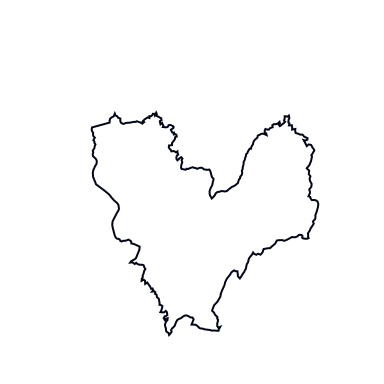 Cruz Alta, Rio Grande do Sul, Brazil (Natural Earth projection), rotated 222°
{"feature_id": "56859067B45704163828292", "entity_name": "Cruz Alta", "entity_type": "district", "adm_level": 2, "iso_a3": "BRA", "parent_name": "Brazil", "parent_adm1": "Rio Grande do Sul", "projection": "natural_earth1", "projection_center": [-53.567, -28.718], "detail": "fine", "context": "isolated", "style": "outline", "palette": "ink", "viewbox_px": 384, "rotation_deg": 222, "n_neighbors": 0, "source": "geoboundaries", "source_scale": "gbopen_adm2", "svg_char_len": 6006}
<svg xmlns="http://www.w3.org/2000/svg" viewBox="0 0 384 384"><g transform="rotate(222 192 192)"><path d="M74.5,235.8L75.9,236.4L76.8,237.8L78.2,238.8L78.7,242.4L79.4,244.0L80.3,249.9L82.4,251.0L82.4,254.4L83.7,256.3L84.7,257.1L85.5,259.1L86.1,260.7L88.3,265.0L90.0,267.5L91.5,268.6L93.5,269.0L95.5,268.1L97.5,266.2L99.3,266.5L100.8,267.4L102.6,266.8L103.7,270.3L105.1,271.5L106.6,272.3L106.8,275.7L108.5,278.1L111.0,278.9L113.5,280.5L114.5,282.9L117.3,283.5L119.2,286.3L121.1,286.3L122.6,286.4L122.8,290.5L124.2,294.5L125.9,297.5L126.6,298.7L127.9,299.2L128.1,301.0L128.6,302.9L128.8,304.6L130.5,305.4L132.0,305.6L135.0,306.7L137.2,305.3L137.4,302.9L141.6,304.5L143.8,305.3L142.1,306.1L141.3,308.1L142.2,309.3L145.6,308.2L148.3,308.6L149.9,307.1L151.8,306.5L154.5,305.2L156.5,306.7L157.4,308.0L159.4,305.4L160.5,306.8L162.4,308.4L164.5,306.4L165.4,308.1L167.0,308.2L168.5,310.3L169.1,312.1L171.2,313.6L171.4,311.9L172.6,311.3L173.8,310.3L172.6,309.1L171.4,306.6L169.8,306.5L169.8,304.4L170.3,303.1L170.4,301.3L170.8,299.7L172.4,300.0L172.6,301.8L173.9,302.7L174.1,300.2L175.3,298.2L176.5,297.3L177.0,295.4L175.4,294.1L176.7,291.8L176.7,289.7L178.1,288.6L179.6,288.0L178.9,286.0L177.6,284.9L176.1,285.2L174.6,284.2L176.6,283.6L178.5,282.8L179.6,281.1L180.1,279.4L180.9,278.0L179.8,276.1L180.2,273.2L180.1,271.2L179.5,269.7L178.7,268.4L178.3,266.4L177.9,264.8L177.1,263.7L178.1,262.7L177.5,259.4L176.9,258.0L177.0,256.1L176.1,255.0L175.5,253.3L174.4,251.4L173.7,248.8L172.4,247.4L171.6,245.9L170.7,244.1L169.6,242.7L169.2,241.2L167.5,239.9L166.4,237.8L166.5,235.7L165.4,234.4L165.5,232.8L164.7,231.0L163.9,229.6L164.2,226.8L164.8,224.4L165.7,222.7L166.0,220.9L166.5,218.6L166.7,216.1L167.8,214.5L169.8,213.2L170.9,212.2L171.8,210.5L173.0,209.1L173.5,206.9L172.9,205.0L172.8,202.7L173.0,200.4L174.7,201.0L176.4,201.5L177.9,202.7L179.3,204.2L180.0,205.3L181.0,208.3L181.5,210.6L183.5,213.9L184.1,215.3L185.0,216.3L187.0,216.4L188.9,217.5L190.8,218.8L192.3,219.7L194.1,220.3L195.5,218.7L196.6,217.9L198.3,216.8L200.1,216.8L201.3,216.3L202.6,214.9L203.7,212.6L205.3,212.3L206.4,211.5L208.0,210.9L209.3,208.8L210.2,206.6L211.5,205.8L211.6,204.3L213.2,203.4L215.0,202.2L216.3,202.6L218.3,205.4L219.0,207.5L221.1,208.7L221.5,210.5L223.3,210.7L223.9,208.9L223.8,207.4L224.0,205.8L225.3,206.0L226.7,207.1L227.6,208.9L227.2,210.5L228.7,211.3L230.0,212.4L230.4,210.8L231.8,210.6L233.1,210.1L234.5,208.4L235.9,209.1L237.4,209.1L239.0,209.5L240.2,211.2L239.2,212.3L238.2,213.5L239.6,215.0L239.8,217.2L240.0,219.6L241.2,221.5L240.4,223.0L241.6,223.9L242.9,224.0L244.0,222.6L245.2,224.1L246.3,223.0L248.0,223.5L249.4,224.2L248.9,225.9L248.7,227.5L249.7,228.3L251.7,227.8L253.0,227.3L254.1,225.9L253.6,224.1L254.5,222.7L257.2,220.8L257.7,222.3L259.2,222.6L260.4,223.3L260.7,221.2L261.9,222.0L263.3,223.1L262.7,224.9L264.2,226.2L266.0,225.7L267.6,225.4L269.2,224.9L270.4,226.4L271.7,227.0L270.9,224.1L272.3,224.9L273.4,223.9L272.9,222.3L273.3,220.7L274.4,219.9L273.2,218.5L274.9,217.8L275.8,214.2L275.9,211.7L274.4,211.9L274.7,209.5L276.6,209.3L278.7,208.3L280.3,207.7L280.8,206.4L282.1,205.3L284.6,201.9L287.1,199.4L288.7,196.5L290.9,196.0L292.6,196.6L294.4,198.6L296.5,197.8L298.4,198.2L300.1,197.7L301.8,198.6L300.8,195.9L301.6,194.0L301.9,191.8L301.3,190.4L299.7,188.4L309.5,173.1L308.2,171.1L306.8,170.3L305.0,169.8L304.0,168.4L302.5,167.5L300.6,167.4L300.0,164.5L298.4,164.3L297.2,163.1L295.6,162.8L295.1,161.2L293.8,159.1L293.4,156.3L292.0,155.5L290.9,153.4L289.6,152.4L285.7,152.3L284.0,151.7L282.7,150.4L281.7,148.7L281.3,146.2L280.7,144.6L280.2,142.7L278.6,139.9L275.5,137.0L268.4,133.5L257.5,134.5L251.9,134.7L249.9,134.4L248.0,134.0L244.2,133.6L240.4,133.7L237.9,133.1L235.0,130.6L234.2,128.7L233.8,126.2L233.1,123.5L231.4,117.1L229.2,114.1L226.7,112.2L222.3,109.3L220.6,108.2L218.5,107.2L216.7,107.1L215.5,107.8L214.2,108.4L212.5,107.7L211.1,108.2L210.6,109.6L209.0,111.0L207.2,114.2L204.3,114.6L202.7,113.2L200.1,114.6L194.4,116.4L192.5,113.9L189.4,105.4L189.6,103.6L190.9,99.8L190.7,98.2L189.5,99.6L187.8,100.1L186.4,100.1L186.1,102.0L184.2,102.0L182.1,103.0L180.5,104.5L179.0,105.2L176.5,103.9L175.1,103.6L174.7,101.3L173.3,98.7L172.6,96.7L171.5,95.6L171.3,94.0L170.0,92.3L169.2,94.5L167.5,94.6L165.3,92.4L164.7,94.8L163.4,94.5L161.9,94.1L160.1,93.8L157.5,92.7L156.8,93.9L155.1,93.1L155.0,91.3L153.6,92.9L152.2,93.0L151.4,91.6L149.7,92.0L147.6,90.4L145.4,90.5L142.0,88.0L140.7,86.4L138.8,87.4L137.6,87.4L135.8,84.1L135.1,81.6L133.2,82.9L132.1,84.1L131.9,86.1L130.2,85.9L128.0,84.0L128.3,82.5L129.1,81.2L128.6,79.3L126.6,78.7L126.5,80.6L125.6,81.9L124.4,80.2L124.6,78.4L123.9,76.5L123.0,74.9L120.1,73.1L118.1,71.3L116.7,71.2L115.2,71.6L113.4,70.4L113.3,72.2L113.6,74.5L115.1,75.3L115.5,77.4L115.3,79.4L115.4,81.4L116.1,82.8L116.8,84.8L117.3,87.0L116.7,89.1L115.8,90.7L115.6,92.2L115.3,93.7L114.7,95.3L113.6,96.5L112.2,97.2L109.0,97.9L107.7,99.0L105.6,98.5L103.6,93.2L101.9,94.6L100.4,95.8L98.7,96.0L97.1,96.0L95.4,95.9L93.6,96.8L92.6,97.7L91.2,98.1L88.1,100.2L86.3,101.5L84.7,102.1L83.4,103.4L82.4,104.3L80.8,105.4L79.4,106.7L80.2,108.0L80.8,110.6L81.7,108.8L83.6,109.3L85.2,111.1L86.3,113.2L87.2,114.5L88.6,114.8L89.5,116.1L91.4,116.1L93.4,116.4L94.9,117.1L97.6,117.2L98.5,119.1L99.8,122.8L99.7,127.9L100.2,129.7L100.5,131.6L100.9,133.1L101.7,134.5L102.6,135.8L103.1,137.2L104.3,140.5L105.0,142.9L105.8,145.1L106.9,147.0L107.7,149.4L108.1,151.2L108.4,156.2L108.9,157.9L108.8,159.8L108.3,161.9L106.5,162.3L105.2,163.5L102.7,161.3L101.5,160.1L98.6,159.8L99.0,162.9L99.6,165.9L99.7,167.7L100.4,169.1L100.4,170.6L103.0,175.0L103.3,177.2L105.1,180.4L105.4,182.5L105.5,185.5L106.1,187.9L104.4,187.6L102.2,188.4L101.6,190.3L99.2,191.2L99.1,192.8L99.3,194.7L100.0,196.0L100.6,197.6L98.0,200.9L96.4,202.6L96.2,205.1L95.9,207.4L95.6,209.2L96.0,210.8L96.5,212.7L95.3,214.2L93.9,215.6L92.5,216.8L91.2,217.2L90.3,218.2L89.5,220.0L87.5,225.6L86.1,226.4L85.0,227.5L84.1,229.3L83.7,231.9L81.9,233.4L80.4,233.2L79.6,231.8L78.3,231.9L76.5,233.1L75.2,234.3L74.5,235.8Z" fill="none" stroke="#020617" stroke-width="2"/></g></svg>